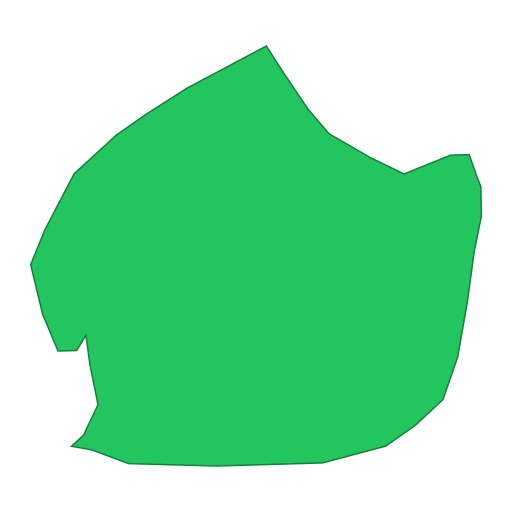 outline of Male', Malé, Maldives
{"feature_id": "70690204B12193603739109", "entity_name": "Male'", "entity_type": "district", "adm_level": 2, "iso_a3": "MDV", "parent_name": "Maldives", "parent_adm1": "Malé", "projection": "equal_earth", "projection_center": [73.509, 4.176], "detail": "fine", "context": "isolated", "style": "filled", "palette": "green", "viewbox_px": 512, "rotation_deg": 0, "n_neighbors": 0, "source": "geoboundaries", "source_scale": "gbopen_adm2", "svg_char_len": 561}
<svg xmlns="http://www.w3.org/2000/svg" viewBox="0 0 512 512"><path d="M216.4,466.0L264.8,464.6L322.7,462.9L385.7,446.1L415.3,425.3L443.0,399.5L457.7,357.0L467.4,301.7L474.2,251.7L481.3,216.6L480.9,186.7L477.0,176.9L469.2,154.6L450.4,155.2L404.0,174.0L370.3,157.6L329.1,133.8L308.3,109.5L285.2,75.3L266.3,46.0L186.7,88.3L146.0,114.3L116.3,135.1L74.2,173.7L45.1,229.3L30.7,264.6L42.6,314.1L58.0,351.0L76.7,350.5L85.9,335.3L90.0,365.1L98.0,404.7L83.6,435.0L71.5,446.3L91.2,449.7L128.6,463.6L216.4,466.0Z" fill="#22c55e" stroke="#15803d" stroke-width="1.5"/></svg>